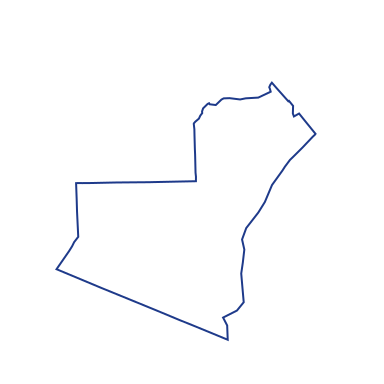 outline of Westchester, New York, United States of America, rotated 210°
{"feature_id": "52423323B83071826775288", "entity_name": "Westchester", "entity_type": "district", "adm_level": 2, "iso_a3": "USA", "parent_name": "United States of America", "parent_adm1": "New York", "projection": "equal_earth", "projection_center": [-73.743, 41.122], "detail": "fine", "context": "isolated", "style": "outline", "palette": "blue", "viewbox_px": 384, "rotation_deg": 210, "n_neighbors": 0, "source": "geoboundaries", "source_scale": "gbopen_adm2", "svg_char_len": 1226}
<svg xmlns="http://www.w3.org/2000/svg" viewBox="0 0 384 384"><g transform="rotate(210 192 192)"><path d="M87.2,81.9L94.8,94.0L102.3,98.8L93.8,111.8L92.1,122.4L101.7,136.1L108.6,146.0L112.7,156.3L117.9,168.3L124.9,175.9L127.0,187.9L124.3,207.4L123.9,219.8L126.2,238.1L124.4,255.8L124.2,260.3L123.2,268.8L122.1,272.6L119.6,281.8L118.6,285.5L115.1,300.1L114.2,303.1L114.1,304.1L130.8,310.5L138.5,313.5L141.5,308.4L143.9,310.4L147.5,317.1L152.2,318.9L153.6,319.4L153.9,318.7L170.5,324.2L177.5,326.6L177.8,324.2L177.5,321.4L176.0,320.2L174.0,318.2L181.8,306.9L192.3,300.0L196.6,296.2L206.5,292.0L211.4,288.9L212.7,286.8L214.9,279.2L220.6,276.8L221.6,277.4L222.5,276.1L224.2,270.0L223.6,266.9L223.5,266.7L222.6,265.4L223.0,262.3L222.7,259.0L224.3,254.5L224.7,252.3L224.4,251.7L221.3,247.5L218.1,242.2L214.1,235.7L211.1,230.8L208.1,226.1L203.1,217.9L198.6,210.5L196.2,207.2L194.0,203.3L207.4,195.2L231.0,180.9L234.1,179.0L241.6,174.6L262.3,162.4L266.6,159.8L283.4,149.6L285.6,148.3L291.2,145.0L295.9,142.3L296.8,141.7L288.4,128.3L281.8,117.6L268.1,96.3L269.0,89.7L268.7,85.1L268.9,79.4L270.5,60.1L270.7,57.4L222.5,63.6L172.1,70.5L164.8,71.5L137.8,75.0L124.6,76.9L87.2,81.9Z" fill="none" stroke="#1e3a8a" stroke-width="2"/></g></svg>